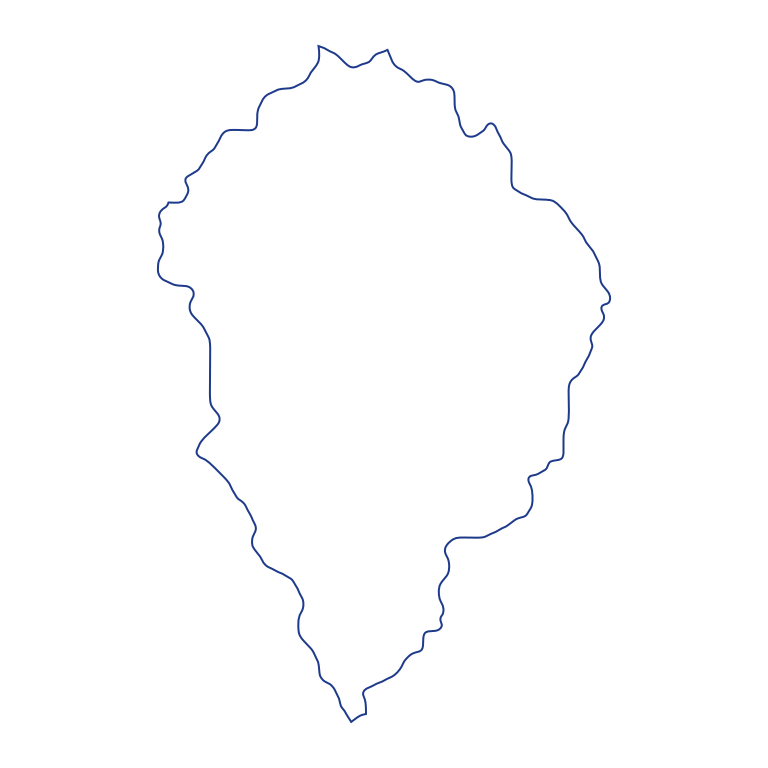 Hato Mayor del Rey, Hato Mayor, Dominican Republic (Mercator projection)
{"feature_id": "3306468B72856581619047", "entity_name": "Hato Mayor del Rey", "entity_type": "district", "adm_level": 2, "iso_a3": "DOM", "parent_name": "Dominican Republic", "parent_adm1": "Hato Mayor", "projection": "mercator", "projection_center": [-69.331, 18.711], "detail": "fine", "context": "isolated", "style": "outline", "palette": "blue", "viewbox_px": 768, "rotation_deg": 0, "n_neighbors": 0, "source": "geoboundaries", "source_scale": "gbopen_adm2", "svg_char_len": 6063}
<svg xmlns="http://www.w3.org/2000/svg" viewBox="0 0 768 768"><path d="M387.5,49.9L383.9,51.5L378.1,53.4L376.0,54.4L373.5,56.6L370.4,60.7L368.9,62.0L366.9,62.9L361.5,64.5L356.6,66.8L354.3,67.3L353.1,67.4L350.8,67.0L349.6,66.5L347.6,65.2L344.8,62.7L338.4,56.4L336.5,54.8L334.5,53.4L330.1,51.4L324.0,48.0L318.5,46.1L319.1,51.0L319.2,56.2L318.8,59.9L318.1,62.3L316.2,65.6L310.8,72.6L308.0,77.9L305.9,80.5L303.2,82.6L293.9,87.2L290.4,88.2L281.7,88.9L278.1,89.6L267.7,94.5L265.0,96.6L262.9,99.3L258.8,107.6L258.0,109.8L257.3,113.7L257.1,122.9L256.8,125.3L256.0,127.5L255.2,128.4L254.3,129.1L252.3,130.0L248.8,130.3L235.4,129.9L230.0,130.0L227.5,130.6L226.2,131.0L225.2,131.6L223.4,133.0L221.3,135.7L218.8,140.9L214.4,148.4L213.0,149.9L208.8,153.0L206.6,155.5L205.4,157.5L203.5,161.7L198.8,169.2L197.3,170.6L187.5,176.5L186.1,177.9L185.6,178.8L185.4,179.8L185.5,181.9L187.9,187.3L188.3,189.6L188.3,190.7L188.1,191.9L187.4,194.0L184.9,198.6L183.6,200.4L182.8,201.1L181.9,201.7L180.8,202.1L178.5,202.6L174.9,202.7L168.5,202.5L167.8,204.4L166.7,206.1L166.0,206.8L162.7,209.1L160.5,211.4L159.5,213.3L159.0,215.6L159.2,217.8L160.4,221.5L160.7,223.3L160.5,225.1L159.3,228.8L159.2,231.1L159.3,232.2L159.9,234.4L161.8,238.3L162.6,240.5L163.0,243.0L163.3,246.7L163.0,250.5L162.6,253.0L161.7,255.2L159.1,260.2L158.4,262.6L158.1,265.0L157.9,270.1L158.2,272.6L159.0,274.9L160.2,276.9L161.8,278.6L163.7,280.0L172.0,283.9L174.2,284.8L177.8,285.5L185.2,286.0L187.6,286.4L189.8,287.4L191.6,288.8L192.9,290.6L193.4,291.7L193.7,294.0L193.4,296.3L190.5,302.0L189.8,304.3L189.6,308.0L190.0,310.4L190.9,312.8L192.2,314.9L194.7,317.7L201.0,324.1L203.3,327.1L208.7,337.5L209.5,339.8L210.0,343.7L210.2,347.7L209.9,393.8L210.0,397.8L210.3,401.7L210.9,404.3L211.9,406.6L213.4,408.7L218.1,414.4L219.2,416.6L219.5,417.8L219.6,420.2L218.9,422.5L217.5,424.6L214.0,428.4L204.4,437.6L201.1,441.6L199.8,443.7L196.8,450.5L196.6,452.5L196.8,453.5L197.8,455.3L199.3,456.7L201.2,457.8L205.3,459.7L209.4,462.8L215.1,468.2L224.4,477.6L227.0,480.5L229.3,483.5L232.4,490.0L236.9,497.5L238.3,499.0L241.0,500.8L242.6,502.1L244.2,503.7L245.5,505.6L247.5,509.8L250.9,515.8L252.8,520.2L254.8,524.2L255.6,526.2L255.9,528.6L255.5,530.9L252.8,536.7L252.2,539.1L252.0,542.7L252.4,545.2L252.7,546.4L253.3,547.5L254.7,549.7L260.2,556.7L263.6,562.9L265.9,565.4L267.8,566.8L272.1,568.8L278.1,572.0L282.5,573.8L291.1,578.9L291.9,579.6L293.2,581.3L297.7,588.9L299.6,593.4L302.3,598.4L302.7,599.4L303.3,601.9L303.4,605.6L303.0,608.0L302.3,610.2L299.7,615.2L298.5,619.9L298.3,626.4L298.5,630.2L298.9,632.7L299.6,635.1L301.5,638.3L304.0,641.2L311.0,648.6L312.5,650.6L313.7,652.7L318.1,662.1L318.8,665.8L319.5,673.2L320.0,675.5L320.5,676.7L321.7,678.6L323.2,680.3L325.0,681.6L330.0,684.2L331.7,685.7L333.2,687.4L334.5,689.3L339.0,698.6L340.4,704.3L341.0,706.3L342.1,707.9L344.5,710.9L346.6,714.6L351.2,721.9L357.3,717.4L360.3,715.6L362.5,714.8L366.0,714.0L365.9,707.4L365.5,702.4L364.7,699.0L363.6,696.2L363.1,694.4L363.1,693.4L363.3,692.4L364.2,690.6L364.9,689.9L366.6,688.6L371.7,686.3L376.7,683.7L382.3,681.5L387.3,678.8L391.7,676.8L394.6,674.9L397.5,672.2L400.0,669.1L401.4,666.9L404.1,661.5L405.6,659.5L408.3,656.7L410.2,655.0L412.3,653.7L414.5,652.8L419.7,651.3L421.4,650.1L422.0,649.2L422.5,648.1L423.0,645.8L423.3,638.4L423.6,636.0L424.4,633.8L425.1,632.9L426.0,632.2L428.2,631.4L435.6,630.8L438.0,630.1L438.9,629.6L440.5,628.3L441.5,626.6L441.8,625.7L441.8,624.7L440.5,620.6L440.4,618.8L440.8,617.1L442.6,614.3L443.0,613.4L443.4,611.4L443.5,609.1L442.8,605.7L440.4,600.7L439.5,598.3L438.9,594.3L438.8,590.2L439.5,586.1L440.6,583.7L442.0,581.6L446.8,575.7L448.0,573.5L448.8,570.9L449.2,566.9L449.1,564.1L448.7,561.4L448.0,558.9L445.6,554.0L445.0,551.8L444.9,550.6L445.2,548.3L445.6,547.1L446.9,544.9L448.5,543.0L451.4,540.5L453.6,539.1L456.1,538.1L458.8,537.7L461.6,537.5L478.5,537.7L482.6,537.4L485.2,536.7L491.3,533.7L495.7,531.9L501.6,528.5L506.0,526.5L508.1,525.1L514.2,520.5L516.3,519.1L518.5,518.2L523.8,516.7L525.7,515.7L527.1,514.1L531.1,507.6L531.9,505.3L532.5,501.3L532.5,495.7L532.0,490.3L531.0,486.6L529.2,482.9L528.5,481.0L528.4,479.0L528.7,478.0L529.3,477.1L530.0,476.4L530.9,475.9L536.0,474.7L538.1,473.9L545.5,469.6L546.8,468.1L548.3,464.5L549.2,462.8L549.9,462.1L550.8,461.5L552.9,460.8L558.6,459.9L560.8,459.1L561.7,458.4L562.4,457.6L563.1,455.6L563.5,453.3L563.5,438.7L563.7,434.6L564.1,432.0L564.7,429.5L567.6,423.3L568.3,420.8L568.6,418.2L568.9,411.3L568.6,390.5L568.9,386.5L569.5,383.9L570.5,381.7L571.8,379.9L573.4,378.4L576.8,376.1L578.3,374.7L583.0,367.3L585.4,361.9L588.8,355.9L591.7,348.7L592.3,346.8L592.2,344.9L591.1,341.3L590.6,339.3L590.7,337.0L591.0,335.8L592.1,333.6L593.7,331.5L600.2,324.8L601.9,322.8L603.3,320.6L603.7,319.4L604.0,318.3L604.0,316.0L603.4,313.9L602.1,311.3L601.5,309.5L601.4,307.6L601.7,306.7L602.2,305.9L602.9,305.3L604.4,304.5L606.9,303.8L608.5,302.8L609.2,302.0L609.9,300.0L610.1,298.9L610.0,296.6L609.3,294.3L608.8,293.1L607.4,291.1L602.5,285.1L601.3,282.9L600.8,281.7L600.1,277.7L599.7,266.9L599.2,264.3L598.4,261.9L593.2,251.4L586.1,242.3L583.4,236.8L581.9,234.6L579.4,231.6L573.8,225.5L571.3,222.4L569.9,220.2L567.1,214.7L564.8,211.5L561.1,207.5L557.2,203.7L553.9,201.4L552.7,200.8L550.2,200.1L546.1,199.7L536.7,199.3L532.8,198.5L526.6,195.5L521.2,193.2L514.8,189.2L513.1,187.7L512.1,185.6L511.5,182.1L511.4,178.2L511.7,160.7L511.4,156.7L510.9,154.2L510.5,153.0L509.2,150.8L503.6,143.7L502.3,141.6L500.4,137.1L497.7,132.1L495.5,126.9L494.3,125.2L492.7,123.9L491.8,123.5L490.7,123.4L489.7,123.6L488.8,123.9L488.0,124.5L486.7,125.9L484.7,129.2L483.4,130.7L477.1,135.0L475.0,136.0L472.7,136.6L470.3,136.7L468.0,136.3L466.0,135.3L464.6,133.6L460.9,126.9L460.1,124.7L459.0,118.7L458.4,116.3L455.5,110.1L455.0,107.7L454.7,105.2L454.5,96.3L454.2,92.6L453.4,90.2L452.9,89.2L451.5,87.4L449.7,85.9L447.5,84.9L439.4,82.9L434.3,80.6L432.0,79.9L429.6,79.6L426.0,79.7L423.8,80.2L419.1,81.8L417.1,81.7L415.1,80.8L412.3,78.7L406.9,73.5L404.0,71.0L401.9,69.7L397.7,67.6L395.9,66.2L394.3,64.6L393.0,62.7L392.4,61.7L387.5,49.9Z" fill="none" stroke="#1e3a8a" stroke-width="2"/></svg>